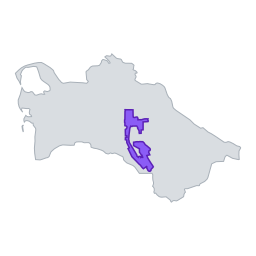 Tejen, Ahal, Turkmenistan shown in context
{"feature_id": "10190150B49022220136906", "entity_name": "Tejen", "entity_type": "district", "adm_level": 2, "iso_a3": "TKM", "parent_name": "Turkmenistan", "parent_adm1": "Ahal", "projection": "robinson", "projection_center": [60.242, 38.323], "detail": "fine", "context": "in_parent", "style": "filled", "palette": "violet", "viewbox_px": 256, "rotation_deg": 0, "n_neighbors": 0, "source": "geoboundaries", "source_scale": "gbopen_adm2", "svg_char_len": 6199}
<svg xmlns="http://www.w3.org/2000/svg" viewBox="0 0 256 256"><path d="M70.2,82.1L82.8,82.8L86.7,83.3L88.3,81.6L88.2,81.2L87.7,80.8L86.7,79.6L86.0,71.8L87.1,70.6L88.4,69.8L90.2,67.4L91.2,66.6L92.7,66.0L97.5,65.8L99.5,65.3L101.3,62.5L101.6,60.9L102.9,59.5L103.7,59.6L106.9,60.7L107.6,61.3L108.7,63.3L109.9,63.2L110.1,62.9L110.0,62.4L109.1,61.1L107.0,58.8L105.1,57.3L104.9,56.8L106.6,55.7L110.0,56.2L110.9,55.8L111.8,53.9L116.3,58.1L117.1,58.5L120.7,59.1L121.4,59.7L122.6,62.1L123.8,62.7L125.3,63.2L131.7,63.3L133.7,64.9L134.0,65.3L133.7,66.4L133.5,68.6L133.0,69.5L133.4,69.9L135.6,70.8L137.0,72.2L137.1,72.8L136.7,73.2L135.7,73.0L135.1,73.7L135.1,74.8L135.9,75.9L136.1,76.9L135.0,79.1L135.0,80.1L135.4,80.6L141.1,84.1L142.1,84.2L147.7,83.6L148.7,83.9L153.6,84.7L155.0,84.6L155.9,83.5L156.8,83.1L157.6,83.0L160.0,83.7L162.5,85.2L164.1,86.6L164.9,87.8L167.2,94.5L168.7,97.3L170.5,98.7L171.7,101.3L172.9,107.0L173.5,108.2L176.2,110.5L190.0,119.9L194.2,124.1L200.6,128.2L203.0,127.7L208.0,132.0L211.3,133.7L215.4,136.3L224.1,142.2L226.0,142.4L228.1,141.6L229.9,142.0L233.2,143.6L236.7,145.8L239.7,146.6L240.6,147.6L240.6,148.1L239.0,151.0L238.9,154.6L239.2,159.5L238.4,159.6L232.5,158.3L226.9,155.2L225.6,156.2L224.9,157.2L223.6,161.4L216.1,161.7L211.7,163.8L207.9,177.5L207.0,179.2L204.6,181.5L200.3,183.7L199.6,184.6L199.5,185.4L199.0,185.7L196.6,185.6L187.5,188.7L185.5,188.7L184.7,188.9L184.4,189.4L185.4,192.2L184.6,193.0L184.0,194.3L183.6,196.7L177.6,200.4L176.4,200.9L174.0,200.5L172.7,200.9L171.5,202.1L170.9,201.7L170.5,200.5L169.9,199.8L166.1,196.8L161.8,197.2L160.2,197.0L159.0,196.5L157.0,194.8L155.7,193.1L154.4,193.3L154.0,192.5L153.9,191.6L154.3,190.5L154.2,188.5L153.4,187.0L152.6,186.3L153.5,184.0L153.5,182.2L152.9,180.2L152.7,177.4L152.8,174.7L152.0,173.3L139.4,173.4L134.9,167.1L133.0,165.5L126.8,162.9L125.1,161.4L123.6,159.8L123.3,157.7L122.6,156.4L121.6,156.2L116.7,153.7L114.8,153.0L112.1,153.6L110.5,152.9L108.6,153.9L107.8,153.9L105.8,153.3L103.4,151.1L101.3,150.1L97.0,148.7L93.9,148.2L91.3,147.3L91.0,147.0L90.9,145.1L90.6,144.3L89.8,143.3L88.7,142.6L84.1,142.7L82.0,141.9L80.3,141.8L76.6,141.9L75.4,142.5L74.7,143.1L74.3,145.0L73.9,145.2L70.3,145.3L62.7,144.9L59.5,145.8L54.5,148.7L51.7,151.2L50.8,152.2L49.1,156.5L48.3,157.2L47.3,157.7L46.4,157.8L41.8,159.4L40.1,159.9L35.6,159.6L34.7,153.3L34.4,148.2L35.0,141.2L34.9,136.8L35.8,129.9L35.6,128.3L33.3,125.3L33.1,123.2L31.7,123.1L29.5,121.3L27.3,120.6L26.1,120.6L25.1,121.1L24.3,122.1L23.9,120.5L23.9,118.8L25.8,115.4L26.9,116.4L28.2,116.8L31.6,116.6L31.3,115.4L29.6,114.2L29.3,112.7L29.5,111.0L30.0,109.5L29.4,108.9L28.7,108.5L26.8,108.6L22.0,108.0L21.4,109.8L22.7,112.2L20.6,109.5L19.1,106.7L18.3,103.5L18.2,100.0L20.3,94.5L22.0,87.6L23.7,90.5L25.1,91.8L28.0,92.6L29.5,92.4L31.0,91.6L32.5,91.9L34.8,94.9L36.5,95.2L40.0,94.0L41.6,93.8L43.1,94.3L44.6,94.3L43.9,92.9L43.7,91.6L44.6,90.9L47.3,91.6L49.5,90.8L49.9,90.5L50.2,89.3L49.9,87.0L49.4,86.0L48.2,84.6L43.4,81.3L41.8,80.0L40.5,78.3L38.5,71.5L36.9,67.2L36.3,66.7L33.4,66.4L28.0,67.4L26.1,67.2L25.2,67.6L23.0,69.5L21.9,71.0L20.4,74.6L21.4,75.7L20.4,81.7L20.8,84.3L20.6,84.5L19.1,81.3L17.0,78.1L15.4,73.3L18.7,70.1L21.5,67.8L24.5,66.1L27.6,65.0L34.5,63.2L38.3,62.6L41.4,62.5L43.7,63.6L50.0,67.5L52.7,69.7L53.5,70.6L54.2,72.7L58.8,79.5L59.8,80.5L61.6,82.6L63.4,83.3L70.2,82.1ZM23.3,131.1L23.2,132.0L22.4,129.3L22.0,126.3L22.6,125.4L23.2,125.4L22.6,126.5L23.3,131.1Z" fill="#d9dde1" stroke="#a8b0b8" stroke-width="1"/><path d="M139.9,119.7L138.1,119.8L137.9,119.8L138.0,118.6L137.8,118.1L137.7,117.8L137.3,117.1L136.5,117.0L135.1,117.3L134.8,117.4L134.4,117.5L134.2,117.5L133.4,117.3L133.2,116.6L133.2,116.3L133.1,116.1L133.0,109.8L125.0,109.7L125.0,109.9L125.2,110.3L125.3,110.8L125.0,111.2L124.9,119.3L124.9,119.5L124.6,119.8L124.6,120.2L124.6,120.4L124.6,121.3L124.6,122.4L124.7,122.5L124.9,122.7L124.9,125.7L126.2,126.0L126.3,126.1L126.7,126.3L126.8,126.5L127.0,127.1L126.8,128.0L126.3,128.9L125.3,129.4L125.3,129.5L125.3,130.8L125.3,131.7L125.4,134.4L125.4,135.7L125.4,135.8L126.8,135.7L127.0,137.4L125.4,137.6L125.3,139.7L126.3,140.0L126.7,140.1L126.8,142.6L127.0,143.1L128.9,147.0L129.3,147.7L129.3,147.8L128.4,148.3L128.0,148.6L128.3,149.1L131.9,156.7L132.0,156.8L134.6,159.5L136.3,161.2L137.7,162.7L138.9,163.9L139.4,164.5L139.5,164.5L140.5,165.2L141.3,166.5L142.6,168.0L143.4,168.7L146.6,166.5L146.9,166.9L146.9,167.0L146.4,167.6L146.9,168.3L147.4,169.2L147.9,170.3L148.5,171.0L148.9,171.1L149.3,171.2L149.8,171.3L149.8,171.2L150.9,170.6L151.1,169.4L151.5,168.9L151.8,168.6L152.0,168.4L152.7,167.7L153.1,167.1L153.3,166.8L153.1,166.5L152.7,165.7L150.4,162.3L150.4,162.2L149.9,161.5L149.0,160.0L147.9,158.2L147.7,157.9L147.7,157.7L146.8,155.5L149.8,154.8L149.7,154.6L149.2,153.4L148.9,152.7L148.7,152.5L148.7,152.3L148.9,150.9L150.0,150.5L150.3,149.6L150.0,148.5L146.8,145.8L146.7,145.7L145.2,144.7L144.3,143.1L142.8,141.7L139.8,141.6L139.7,141.6L138.5,141.8L137.5,141.7L136.8,141.7L136.1,141.8L135.4,141.9L135.1,142.0L134.7,142.1L134.3,142.1L133.6,142.2L133.6,142.5L133.5,142.9L133.6,143.7L133.6,143.8L133.6,144.2L133.6,144.5L133.5,144.9L133.6,145.6L137.4,147.7L138.7,148.4L138.8,148.5L139.4,148.7L139.5,152.4L140.3,153.3L140.9,154.3L141.5,155.1L142.0,155.2L142.1,155.3L142.0,156.0L142.3,156.4L142.4,156.6L142.7,157.0L142.7,157.4L142.1,157.4L141.9,157.1L141.8,156.9L141.7,156.6L141.3,156.5L141.2,156.5L140.9,157.4L140.8,157.5L140.7,157.3L140.6,157.2L140.3,156.7L140.1,156.4L138.9,156.4L138.6,156.7L138.3,157.3L137.6,156.7L136.9,156.1L136.9,155.2L136.6,154.7L135.4,152.6L132.6,147.9L132.2,147.3L129.2,142.3L129.1,141.1L129.0,140.5L128.9,140.2L128.7,139.5L128.7,139.4L128.7,139.2L128.9,136.6L129.0,135.5L129.1,134.0L129.3,132.7L129.8,128.7L130.0,127.9L130.1,127.5L130.3,127.1L130.8,126.3L130.8,126.2L131.2,126.3L131.9,126.5L132.0,126.4L132.3,126.1L136.7,126.0L136.8,126.1L137.7,127.6L137.6,128.2L138.7,130.1L138.8,130.3L139.1,131.0L139.1,132.1L139.1,132.6L139.3,133.4L141.1,133.3L141.2,130.0L143.1,129.8L143.1,124.5L143.1,123.8L143.1,121.9L146.6,121.7L148.0,121.6L148.3,121.0L148.0,120.3L147.8,119.7L148.0,118.9L147.8,118.9L146.4,118.8L146.1,118.8L144.3,118.9L143.2,119.2L142.5,119.4L141.7,119.7L139.9,119.7Z" fill="#8b5cf6" stroke="#5b21b6" stroke-width="1.5"/></svg>